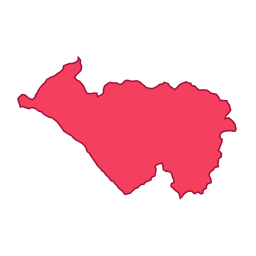 Belo Horizonte, Minas Gerais, Brazil, rotated 86°
{"feature_id": "56859067B79938769509019", "entity_name": "Belo Horizonte", "entity_type": "district", "adm_level": 2, "iso_a3": "BRA", "parent_name": "Brazil", "parent_adm1": "Minas Gerais", "projection": "orthographic", "projection_center": [-43.962, -19.918], "detail": "fine", "context": "isolated", "style": "filled", "palette": "rose", "viewbox_px": 256, "rotation_deg": 86, "n_neighbors": 0, "source": "geoboundaries", "source_scale": "gbopen_adm2", "svg_char_len": 2816}
<svg xmlns="http://www.w3.org/2000/svg" viewBox="0 0 256 256"><g transform="rotate(86 128 128)"><path d="M138.8,21.6L136.6,20.2L133.9,20.8L131.6,21.1L128.9,22.7L126.4,25.2L124.8,27.0L125.5,30.4L123.0,29.7L120.9,27.4L119.2,25.7L117.2,24.3L115.1,24.8L112.1,25.3L110.3,26.6L107.8,27.5L107.3,31.1L106.7,34.2L102.8,35.9L100.3,37.8L99.8,40.1L99.0,42.8L95.9,46.2L95.1,50.7L95.3,54.1L93.0,56.7L90.8,58.4L90.3,61.3L87.8,62.3L87.2,64.8L86.0,66.7L86.8,69.6L87.6,71.8L88.7,73.9L90.9,76.0L93.0,79.0L91.2,80.8L89.3,83.4L86.5,84.9L85.0,88.7L86.8,91.0L86.6,93.2L88.7,96.2L89.8,98.7L90.4,101.2L89.8,104.2L88.8,107.3L87.1,108.6L85.6,110.5L83.6,112.3L81.7,115.1L81.6,119.0L81.7,121.5L80.7,124.0L80.3,126.2L81.2,128.5L83.6,130.8L84.0,133.3L82.3,136.1L82.0,140.2L81.2,142.8L82.5,145.5L84.4,148.4L87.6,149.7L90.6,149.9L92.8,151.5L93.7,153.9L94.7,156.0L91.1,156.7L90.8,159.8L91.2,162.7L90.5,166.4L87.9,167.8L85.3,168.7L82.9,169.5L80.2,171.5L78.2,172.9L76.5,175.8L73.9,177.8L71.1,175.5L68.9,172.8L67.0,170.8L63.3,169.9L60.5,171.0L56.9,170.7L54.2,172.6L57.3,173.2L58.9,175.7L59.7,178.6L59.7,181.9L60.4,184.5L61.4,187.7L65.1,189.0L67.5,192.0L68.7,194.5L70.7,197.2L72.3,202.0L74.1,205.7L76.9,207.7L79.3,210.6L81.7,212.9L84.1,214.7L86.5,216.0L88.4,217.7L91.1,218.8L93.0,221.4L91.3,225.2L88.8,227.4L87.5,229.4L87.3,231.6L89.5,234.2L91.3,235.8L93.8,235.4L96.8,234.5L99.6,233.9L99.1,231.8L100.6,228.7L101.9,225.2L100.9,223.1L101.3,221.0L102.2,218.9L103.7,217.1L105.1,215.5L105.8,213.1L107.9,211.5L109.4,209.5L111.4,206.4L112.7,202.7L114.9,200.3L117.2,198.0L119.7,196.4L121.8,195.1L123.9,193.7L126.4,192.3L128.9,189.3L131.9,184.6L134.3,183.0L135.9,181.3L137.3,179.0L140.2,174.7L142.0,173.0L144.8,171.3L148.7,170.3L150.6,168.1L153.0,167.1L155.4,165.6L157.9,164.2L160.6,162.5L163.5,161.0L166.4,158.5L169.0,156.7L170.5,154.9L173.2,153.4L175.8,150.8L179.3,148.7L180.3,146.2L182.4,145.0L185.0,142.8L187.3,141.5L189.0,139.7L191.0,137.6L193.9,135.8L193.7,133.1L193.0,130.1L190.7,127.5L188.7,124.7L188.4,122.5L186.6,120.8L185.2,118.7L185.2,116.1L183.0,114.1L182.1,111.0L181.4,108.8L179.1,108.3L177.6,104.6L174.6,103.7L171.1,102.9L168.1,103.7L166.5,101.6L165.8,99.0L165.7,96.2L168.6,95.7L172.0,95.7L173.7,93.3L174.4,89.7L176.3,87.6L178.5,87.4L181.5,86.5L183.9,85.7L185.8,86.4L186.5,88.5L189.1,89.3L191.2,87.2L193.0,85.7L194.7,83.8L196.1,82.0L199.4,81.1L201.8,80.8L200.0,78.6L197.9,77.0L196.2,74.5L195.2,72.1L195.4,69.0L198.2,66.3L196.7,62.3L198.7,60.2L198.4,57.9L195.1,57.3L193.6,54.1L190.9,53.6L189.2,52.3L188.3,48.9L185.5,48.8L183.0,49.7L180.2,50.6L177.8,49.0L175.5,45.8L173.3,43.9L172.8,40.4L170.3,41.1L167.9,40.2L165.0,39.8L163.4,37.1L159.9,36.5L158.0,38.0L156.7,39.6L154.9,38.2L151.8,37.1L148.7,35.4L146.1,34.8L144.1,36.9L141.5,36.7L139.5,35.4L138.1,32.8L137.7,29.5L137.8,26.0L138.8,21.6Z" fill="#f43f5e" stroke="#9f1239" stroke-width="1.5"/></g></svg>